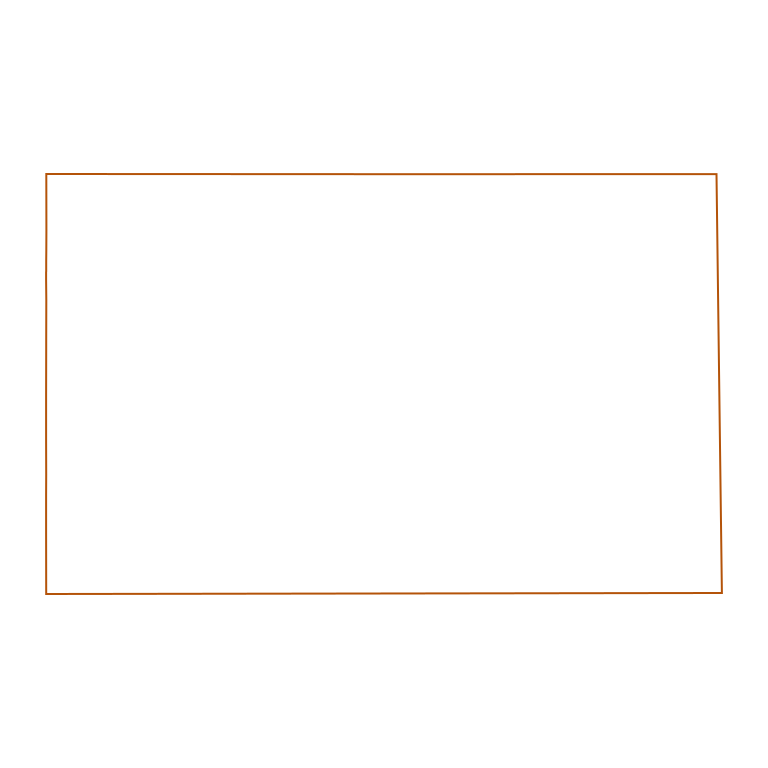 Gaines, Texas, United States of America
{"feature_id": "52423323B42726904643682", "entity_name": "Gaines", "entity_type": "district", "adm_level": 2, "iso_a3": "USA", "parent_name": "United States of America", "parent_adm1": "Texas", "projection": "natural_earth1", "projection_center": [-102.926, 32.741], "detail": "fine", "context": "isolated", "style": "outline", "palette": "amber", "viewbox_px": 768, "rotation_deg": 0, "n_neighbors": 0, "source": "geoboundaries", "source_scale": "gbopen_adm2", "svg_char_len": 429}
<svg xmlns="http://www.w3.org/2000/svg" viewBox="0 0 768 768"><path d="M715.4,593.0L721.9,593.0L716.5,174.1L414.0,174.2L46.3,174.0L46.4,230.8L46.3,250.6L46.2,261.2L46.2,271.5L46.1,271.9L46.1,279.5L46.3,299.6L46.3,300.5L46.2,341.7L46.2,342.7L46.2,348.7L46.1,397.5L46.1,414.7L46.1,431.9L46.1,439.7L46.2,474.6L46.1,495.6L46.1,517.4L46.1,518.8L46.1,530.8L46.2,594.0L715.4,593.0Z" fill="none" stroke="#b45309" stroke-width="2"/></svg>